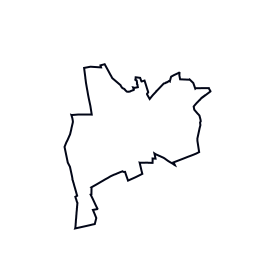 Acolman, México, Mexico (Natural Earth projection), rotated 335°
{"feature_id": "50627088B99442443114281", "entity_name": "Acolman", "entity_type": "district", "adm_level": 2, "iso_a3": "MEX", "parent_name": "Mexico", "parent_adm1": "México", "projection": "natural_earth1", "projection_center": [-98.921, 19.637], "detail": "fine", "context": "isolated", "style": "outline", "palette": "ink", "viewbox_px": 256, "rotation_deg": 335, "n_neighbors": 0, "source": "geoboundaries", "source_scale": "gbopen_adm2", "svg_char_len": 5052}
<svg xmlns="http://www.w3.org/2000/svg" viewBox="0 0 256 256"><g transform="rotate(335 128 128)"><path d="M218.3,129.6L218.0,126.3L218.1,126.0L206.3,120.6L205.6,120.8L206.2,114.8L204.3,109.9L203.7,110.0L195.8,105.9L196.3,103.9L196.7,102.4L196.8,101.9L197.6,100.5L198.0,99.7L197.8,99.5L197.6,99.4L196.9,99.5L196.2,99.5L193.8,99.5L192.2,99.5L188.8,99.7L188.0,100.6L187.4,101.2L187.0,101.8L186.0,102.9L185.9,103.0L185.7,103.2L185.6,103.4L185.3,103.0L185.3,102.9L185.2,102.8L185.2,102.7L184.9,102.7L184.6,102.8L184.4,102.8L183.9,102.9L183.6,103.0L183.4,103.0L183.2,103.1L182.9,103.1L182.7,103.1L182.4,103.1L182.3,102.9L182.2,102.9L181.9,102.8L181.7,102.8L181.3,103.0L181.2,103.0L180.9,103.1L180.7,103.1L179.8,102.9L179.6,102.9L179.4,102.8L179.2,102.8L178.9,102.9L169.5,106.6L169.4,106.5L169.0,106.7L168.9,106.9L164.6,108.6L162.9,109.4L161.1,110.3L159.9,110.9L159.5,105.6L159.6,105.2L159.9,104.9L161.1,104.4L161.3,104.3L161.4,104.2L161.5,103.9L161.6,102.9L161.8,101.3L161.9,100.6L162.0,99.6L162.1,99.0L162.2,98.4L162.3,97.6L162.5,96.2L162.6,95.4L162.7,94.5L162.8,93.8L163.0,92.0L161.6,91.8L160.7,91.7L160.0,91.6L159.9,91.5L160.0,89.7L160.2,87.7L156.8,85.5L156.4,85.3L156.3,85.5L156.0,85.9L155.8,86.4L155.5,86.8L155.2,87.2L155.0,87.4L155.2,87.7L155.4,88.1L155.6,88.2L155.8,88.3L155.9,88.5L155.8,89.2L155.5,90.1L155.4,90.6L155.3,90.9L155.2,91.2L154.7,91.8L154.7,92.1L154.9,92.7L154.8,92.9L154.3,94.5L154.3,94.9L154.2,95.2L153.3,95.0L151.8,94.6L150.5,94.3L150.3,94.2L150.4,93.9L150.2,93.7L149.8,93.4L149.8,93.5L149.7,93.6L149.7,93.9L149.7,94.1L149.7,94.4L149.7,94.7L149.7,94.8L149.7,95.0L149.6,95.4L149.6,95.6L149.5,95.8L149.4,95.9L149.2,95.9L149.0,96.0L148.5,95.8L148.2,95.8L147.3,95.8L146.2,95.7L145.5,95.7L145.2,95.8L144.6,95.6L144.2,95.5L144.1,95.4L143.9,95.4L143.4,95.2L143.2,95.1L142.9,94.9L142.4,94.6L142.2,94.3L141.9,93.5L141.6,92.8L141.5,92.1L141.4,92.0L141.4,91.8L141.2,91.5L141.2,91.4L141.2,91.1L141.0,90.8L140.8,90.6L140.7,90.5L140.6,90.4L140.4,90.2L140.1,89.8L140.0,89.5L139.8,89.3L139.8,89.1L139.6,88.8L139.6,88.7L139.4,87.7L139.4,87.2L139.3,86.7L139.3,85.8L139.2,85.7L139.0,85.3L134.8,76.1L134.7,73.6L134.5,71.7L134.5,71.2L134.2,66.2L133.8,60.3L129.5,59.6L129.2,61.7L119.9,56.6L113.6,55.0L110.7,64.1L110.2,65.4L110.2,65.6L109.0,69.3L107.4,75.2L106.9,77.2L105.9,80.8L105.6,82.0L105.0,84.4L103.8,89.6L103.2,92.2L100.8,100.5L88.7,94.8L82.3,92.4L82.2,92.3L81.7,95.6L80.9,98.6L80.3,99.7L76.6,104.4L75.9,105.4L75.1,106.4L72.7,109.4L71.7,110.2L70.7,111.1L68.2,113.3L66.0,115.0L62.5,118.3L58.8,133.9L59.0,138.6L56.8,148.3L56.2,150.5L55.9,151.2L55.8,151.4L55.8,151.8L55.8,152.2L55.7,153.0L55.5,153.8L55.5,154.1L55.4,154.9L54.9,157.7L54.4,161.1L54.3,161.4L54.3,161.8L54.2,162.1L54.1,163.0L54.0,163.6L53.9,163.9L53.8,164.8L53.6,165.7L53.5,166.5L53.3,167.9L52.7,168.0L52.4,168.0L51.8,168.0L51.6,168.1L51.2,168.1L50.9,170.1L50.9,170.6L50.9,170.8L50.8,171.3L50.7,172.0L50.6,172.3L50.6,172.7L50.5,173.4L50.5,173.7L50.4,174.3L50.5,174.6L49.8,175.7L49.2,176.8L49.0,177.1L48.6,177.7L48.1,178.8L47.8,179.1L47.5,179.6L47.3,180.1L46.4,181.6L46.1,182.1L45.8,182.6L45.5,183.1L45.2,183.7L44.7,184.6L44.4,185.1L44.1,185.6L43.9,185.9L43.9,186.0L43.4,186.9L43.0,187.6L42.8,187.9L42.7,188.2L42.2,188.9L41.8,189.6L41.6,190.0L41.1,190.9L40.7,191.7L40.5,192.0L40.4,192.1L40.1,192.7L40.0,192.9L39.4,194.0L37.9,196.5L37.7,196.7L48.4,199.1L52.6,200.0L55.2,200.5L55.9,200.7L57.3,201.0L61.2,196.2L61.4,192.7L61.6,187.4L65.8,188.5L66.2,188.3L66.1,184.7L66.1,183.0L66.1,177.8L66.1,177.5L66.0,172.6L66.8,172.7L69.8,166.5L69.7,166.3L72.3,166.1L75.1,165.9L77.3,165.7L79.4,165.5L81.4,165.3L82.8,165.2L83.7,165.1L83.8,165.1L84.7,165.0L85.8,164.9L87.7,164.8L89.1,164.7L90.7,164.5L91.9,164.4L93.4,164.4L94.0,164.4L95.5,164.4L97.6,164.6L99.3,164.6L100.4,164.7L101.6,164.7L103.0,164.8L104.2,164.9L104.7,164.9L105.0,165.4L105.3,165.8L105.6,166.0L105.9,166.2L106.2,166.3L106.8,166.5L106.6,168.1L106.2,171.6L106.1,172.9L105.8,175.7L106.0,175.7L113.5,175.8L114.1,175.8L118.6,175.7L121.6,175.6L122.3,171.9L122.6,170.5L123.9,164.4L124.0,164.5L130.0,167.2L131.3,167.8L131.7,168.1L132.8,168.6L133.9,169.2L134.1,169.3L135.0,169.7L135.3,169.9L135.5,170.0L135.8,169.5L136.0,169.0L136.1,168.8L136.5,168.0L136.8,167.4L137.4,166.0L139.2,167.0L140.0,167.4L140.5,165.2L140.8,164.0L141.2,162.2L141.9,163.3L142.9,164.6L143.2,164.8L143.3,165.0L143.5,165.2L144.2,166.0L144.5,166.5L144.8,166.7L145.0,166.9L145.9,168.0L146.5,168.7L147.2,169.5L147.6,170.0L148.3,171.0L148.5,171.4L150.1,174.3L150.8,175.4L151.8,176.9L153.7,179.6L154.5,181.1L154.8,181.5L154.8,181.0L154.7,178.4L159.0,178.7L163.3,179.0L166.3,179.2L169.8,179.4L173.5,179.7L176.7,179.9L177.1,179.9L178.9,180.0L182.3,179.9L185.5,168.9L185.6,168.7L185.8,168.3L186.4,166.9L192.1,159.4L192.6,158.7L194.1,156.9L194.9,155.9L195.1,155.0L195.7,153.4L196.8,152.6L197.3,150.8L198.0,146.9L197.5,145.2L197.2,144.5L195.8,139.4L196.3,137.5L196.6,136.3L197.4,135.9L198.9,135.2L201.4,134.1L201.6,134.1L204.9,132.8L205.0,132.9L206.7,132.1L207.7,131.9L207.7,131.7L210.3,131.2L210.2,131.4L218.2,129.7L218.3,129.6Z" fill="none" stroke="#020617" stroke-width="2"/></g></svg>